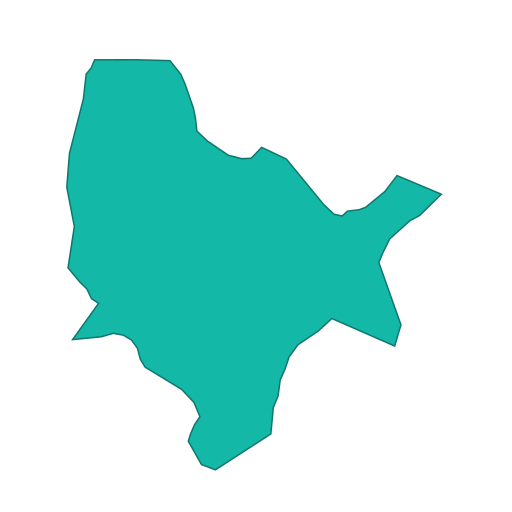 the Municipality of Lenart, rotated 355°
{"feature_id": "SVN-208", "entity_name": "Lenart", "entity_type": "Municipality", "adm_level": 1, "iso_a3": "SVN", "parent_name": "Slovenia", "parent_adm1": "", "projection": "mercator", "projection_center": [15.838, 46.572], "detail": "fine", "context": "isolated", "style": "filled", "palette": "teal", "viewbox_px": 512, "rotation_deg": 355, "n_neighbors": 0, "source": "natural_earth", "source_scale": "10m", "svg_char_len": 955}
<svg xmlns="http://www.w3.org/2000/svg" viewBox="0 0 512 512"><g transform="rotate(355 256 256)"><path d="M112.3,46.5L153.2,50.0L187.3,53.9L196.9,68.4L200.4,78.8L206.5,103.1L207.7,113.3L208.0,126.4L217.9,137.5L237.2,153.2L250.3,157.8L259.7,158.2L271.1,148.3L294.7,162.1L327.9,210.6L337.5,221.3L345.4,223.6L350.9,219.3L362.4,218.9L369.4,217.1L390.1,202.9L403.5,188.2L446.0,210.6L422.7,229.8L412.5,234.2L390.7,250.6L382.8,263.6L377.8,273.2L394.4,337.2L386.3,357.8L326.1,324.9L311.3,336.3L290.0,348.1L280.1,359.6L275.1,371.1L269.3,381.7L265.8,397.3L260.0,408.6L255.3,434.5L196.9,465.5L183.5,459.0L172.4,434.6L175.1,428.0L180.0,418.8L186.1,411.1L181.5,396.6L170.4,382.5L135.9,357.1L131.8,348.9L129.8,337.5L124.6,328.8L117.0,323.3L107.1,320.6L94.8,323.0L66.0,323.3L95.1,289.4L88.4,284.2L84.6,274.0L78.5,267.0L67.7,251.4L77.6,210.8L73.5,171.0L79.1,137.5L97.7,84.6L102.7,59.9L108.2,54.4L112.3,46.5Z" fill="#14b8a6" stroke="#0f766e" stroke-width="1.5"/></g></svg>